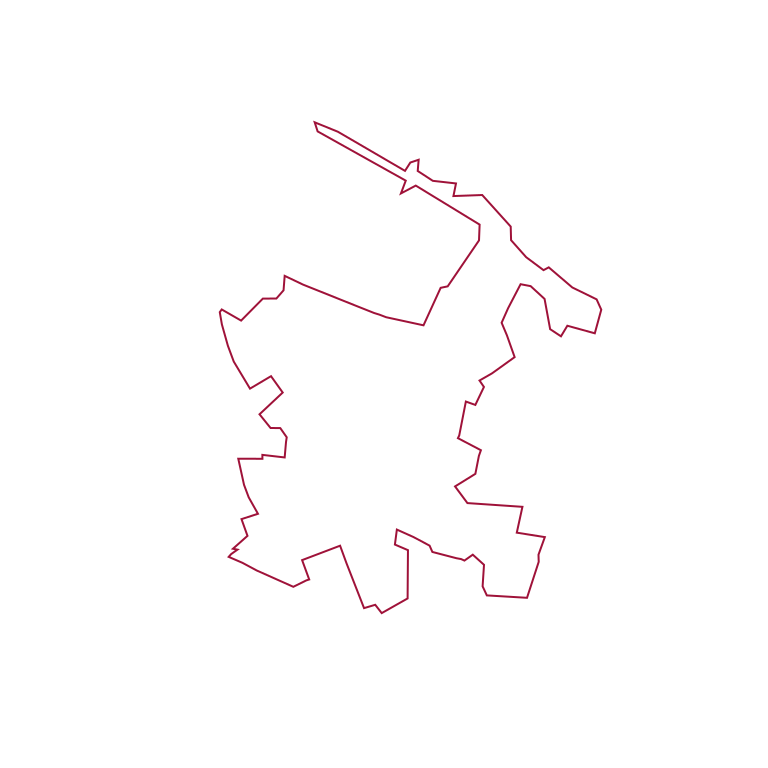 Nurafshon city, Tashkent, Uzbekistan (orthographic projection), rotated 57°
{"feature_id": "79887680B3865119870711", "entity_name": "Nurafshon city", "entity_type": "district", "adm_level": 2, "iso_a3": "UZB", "parent_name": "Uzbekistan", "parent_adm1": "Tashkent", "projection": "orthographic", "projection_center": [69.353, 41.047], "detail": "fine", "context": "isolated", "style": "outline", "palette": "rose", "viewbox_px": 768, "rotation_deg": 57, "n_neighbors": 0, "source": "geoboundaries", "source_scale": "gbopen_adm2", "svg_char_len": 1593}
<svg xmlns="http://www.w3.org/2000/svg" viewBox="0 0 768 768"><g transform="rotate(57 384 384)"><path d="M435.0,198.5L456.3,179.6L440.0,161.3L428.8,159.6L405.6,173.5L375.9,182.3L375.4,188.2L355.1,195.7L332.6,199.1L321.0,192.0L307.9,194.1L279.0,198.7L264.2,223.4L255.0,214.4L240.2,232.4L223.7,239.7L214.8,232.8L212.6,241.3L216.7,250.3L147.3,285.3L126.8,299.6L136.0,302.1L225.3,255.0L233.4,266.0L234.9,249.3L302.4,217.0L315.3,226.1L336.8,277.4L334.2,284.1L356.3,318.9L329.2,345.8L323.3,350.1L319.1,353.6L302.3,365.5L256.5,397.8L239.2,408.4L250.7,417.2L253.7,427.7L246.4,439.1L253.0,469.3L233.1,479.5L234.3,482.6L245.7,487.5L266.9,494.1L283.4,497.8L314.9,498.9L315.9,474.5L336.0,473.6L341.6,504.9L359.1,503.1L364.5,495.0L375.7,494.6L379.2,497.7L391.5,507.3L377.2,524.6L380.5,526.7L367.3,546.9L392.3,556.3L405.4,559.2L424.2,560.4L419.7,577.1L437.0,581.2L439.9,600.4L443.1,597.1L443.4,604.8L444.4,608.4L456.9,600.1L471.1,592.3L504.7,570.5L506.4,556.1L507.2,553.2L487.1,548.6L495.7,508.9L514.0,513.1L561.1,522.8L564.4,511.6L574.9,510.7L576.7,481.0L536.4,454.4L524.6,462.3L513.1,452.5L528.3,442.7L544.4,433.8L551.2,434.9L569.6,418.1L572.8,414.7L575.9,412.7L575.5,402.5L590.1,398.6L607.4,411.5L617.3,412.9L641.2,380.5L617.4,351.1L611.3,347.4L600.0,332.5L581.0,353.6L562.4,334.8L529.3,378.9L508.6,380.2L509.1,356.3L496.0,343.6L492.3,338.8L469.7,351.5L468.1,348.9L443.3,324.9L451.3,318.8L440.9,301.8L433.1,302.0L433.9,287.7L432.6,259.8L410.1,254.4L396.7,252.0L388.0,238.6L374.7,215.1L381.8,207.7L400.1,203.0L428.5,214.8L440.4,209.6L435.0,198.5Z" fill="none" stroke="#9f1239" stroke-width="2"/></g></svg>